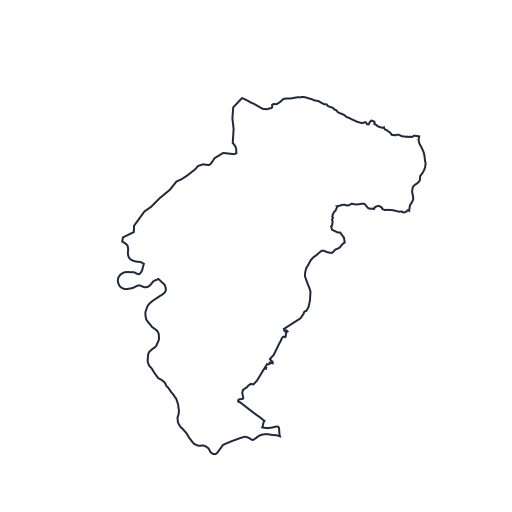 Ormenis, Brasov, Romania, rotated 124°
{"feature_id": "2599482B25677324063372", "entity_name": "Ormenis", "entity_type": "district", "adm_level": 2, "iso_a3": "ROU", "parent_name": "Romania", "parent_adm1": "Brasov", "projection": "mercator", "projection_center": [25.52, 46.009], "detail": "fine", "context": "isolated", "style": "outline", "palette": "slate", "viewbox_px": 512, "rotation_deg": 124, "n_neighbors": 0, "source": "geoboundaries", "source_scale": "gbopen_adm2", "svg_char_len": 6048}
<svg xmlns="http://www.w3.org/2000/svg" viewBox="0 0 512 512"><g transform="rotate(124 256 256)"><path d="M318.9,374.9L318.6,371.8L318.9,369.4L319.6,367.8L322.1,365.6L324.9,364.1L326.6,362.7L328.1,360.9L328.8,359.0L328.9,357.7L328.8,355.9L328.5,354.9L327.7,352.3L325.7,348.7L325.4,347.6L325.2,344.6L331.1,342.6L332.6,342.3L334.0,342.2L335.6,342.4L336.7,343.0L337.2,344.4L337.7,348.0L338.4,349.2L339.4,350.6L341.0,353.4L343.0,355.9L344.2,356.7L347.1,358.0L350.5,358.1L352.1,357.6L353.7,356.8L354.6,356.0L355.5,355.1L356.9,352.8L357.3,351.7L357.5,350.6L357.4,348.9L357.2,347.6L356.5,345.9L355.8,344.8L353.1,341.9L351.3,340.2L348.1,338.4L347.0,337.7L346.2,337.0L345.6,336.3L345.3,335.6L345.0,334.4L344.5,331.5L344.0,330.5L342.6,328.9L341.7,328.2L339.1,327.4L334.3,326.9L333.3,326.4L329.6,324.0L330.9,315.9L331.8,314.4L333.7,312.3L335.0,311.6L336.3,311.3L337.8,311.3L340.9,312.3L342.9,313.3L351.0,316.6L353.7,317.4L356.2,317.9L358.0,317.9L360.0,317.5L364.3,316.3L365.5,315.6L367.9,313.7L369.9,311.6L370.3,310.8L371.1,308.7L372.1,305.0L372.9,302.8L373.2,296.6L374.0,294.6L374.8,293.3L375.9,292.3L378.5,290.4L379.8,289.7L382.4,289.1L384.4,288.9L386.0,288.4L388.4,288.8L390.5,289.7L394.8,290.9L396.4,290.8L398.0,290.3L402.9,287.6L404.4,286.5L405.6,284.8L406.7,283.1L407.5,279.7L409.8,274.7L411.9,269.0L411.8,267.4L411.6,265.7L411.6,264.0L411.8,261.9L412.2,260.2L413.9,257.7L414.2,255.3L416.4,249.8L417.2,246.7L418.4,244.2L418.8,242.6L421.4,239.1L423.1,237.1L425.1,235.5L427.1,233.5L430.7,231.6L433.9,230.7L437.3,227.9L438.4,226.4L440.1,222.6L440.1,221.3L441.8,214.5L444.0,209.9L444.7,207.8L445.5,205.6L446.4,202.2L445.7,198.2L444.9,196.7L442.7,194.0L442.3,192.6L441.9,190.8L442.1,187.5L442.7,186.4L443.6,185.1L444.2,183.2L444.1,180.9L443.1,179.1L442.4,178.6L441.2,178.1L431.2,177.7L429.0,176.5L423.4,172.8L415.8,167.3L412.6,164.7L411.7,163.6L411.2,162.1L410.8,160.1L410.7,156.9L410.5,156.1L409.7,155.3L408.0,154.7L406.9,154.1L405.4,153.8L402.4,152.4L400.2,150.6L398.4,148.5L397.0,146.3L395.0,141.8L393.3,139.1L392.8,137.7L392.1,135.3L390.7,136.9L386.5,140.1L385.5,141.1L385.2,141.8L385.3,142.4L385.7,143.3L386.5,144.3L389.0,146.5L391.9,149.7L393.2,151.9L394.6,155.0L393.9,155.0L389.8,156.7L387.9,156.8L387.9,159.0L387.5,161.7L387.5,165.4L387.3,170.3L386.9,177.0L386.3,185.0L386.2,188.1L386.8,188.9L386.6,189.3L385.6,190.1L384.5,190.0L381.8,187.1L380.9,187.1L377.0,191.0L375.6,191.4L374.6,191.9L372.2,191.2L370.2,190.2L367.6,189.9L364.8,188.7L363.9,186.3L358.5,185.5L344.8,186.2L343.9,184.7L343.1,185.0L343.7,186.2L339.6,186.4L339.1,185.4L337.8,184.4L336.8,185.0L335.6,182.2L334.3,183.3L334.4,185.1L333.9,185.6L333.9,186.6L333.2,186.9L328.2,186.0L315.3,187.8L312.7,188.0L310.3,188.5L309.2,188.5L308.0,188.4L307.4,188.0L306.8,186.3L306.5,186.3L305.6,186.6L303.1,188.1L302.7,188.1L302.4,187.9L301.7,188.2L300.9,187.8L300.7,189.3L302.3,190.3L302.0,190.8L301.6,190.9L301.3,191.1L300.9,192.1L282.8,184.3L277.2,184.2L276.3,184.7L275.4,184.7L274.3,184.4L273.3,183.6L269.3,183.8L262.7,186.4L255.1,190.9L252.7,193.8L250.9,196.6L245.9,203.5L244.7,204.6L242.2,206.0L239.4,207.1L237.1,207.7L235.0,207.6L228.9,208.3L224.5,207.6L221.9,206.5L217.0,205.2L214.8,204.4L213.6,202.5L213.2,199.7L211.9,196.3L211.1,194.9L209.9,194.4L206.3,193.8L203.3,191.8L201.7,191.3L199.0,191.1L196.8,190.7L195.2,190.0L191.7,193.2L189.5,199.3L190.8,201.5L191.7,207.6L189.4,210.3L188.3,210.0L185.3,211.3L184.0,212.4L183.3,213.3L182.1,213.5L181.3,213.5L180.5,215.0L179.8,215.0L178.5,215.7L175.6,215.8L174.2,215.5L172.6,215.7L171.3,215.9L169.8,216.1L169.6,216.8L167.7,214.9L165.4,213.1L164.6,212.1L164.0,211.2L163.3,208.9L162.8,208.1L161.9,207.4L158.9,205.7L158.8,204.9L158.2,203.6L156.8,201.0L154.3,198.3L153.6,197.8L153.3,197.0L152.3,195.8L152.2,194.9L152.9,192.4L153.6,189.5L153.1,188.0L151.9,186.4L151.6,185.5L150.9,184.4L150.3,184.5L149.8,184.9L148.1,184.2L146.4,183.0L145.8,182.3L145.4,178.9L146.4,177.7L145.9,175.0L144.0,172.4L143.6,172.0L143.1,170.7L142.2,169.6L141.5,168.1L139.1,161.8L138.2,160.9L137.6,160.1L137.7,159.2L137.5,158.2L136.3,156.9L134.9,156.1L133.6,156.0L133.1,155.7L132.9,154.3L128.4,156.5L127.4,156.8L123.1,156.9L121.5,157.3L120.5,157.7L118.6,159.3L115.7,162.3L114.4,163.1L111.2,164.5L109.9,164.5L108.7,164.2L105.2,162.9L104.1,162.6L102.1,162.5L100.9,162.8L98.1,164.5L97.6,164.6L94.2,164.4L92.5,164.5L90.6,164.7L87.6,165.5L83.7,167.6L82.9,168.8L78.6,172.5L77.3,173.8L75.7,175.8L72.9,180.4L72.0,182.4L71.4,183.4L68.9,186.2L65.6,187.6L67.0,190.7L67.9,192.2L68.9,192.8L69.8,193.0L70.6,193.8L71.0,195.2L71.9,195.9L72.2,196.5L72.4,197.3L73.2,198.0L74.1,200.1L74.9,201.5L75.3,202.8L75.6,205.4L76.9,207.2L77.8,207.7L78.3,208.4L78.6,209.6L79.2,210.2L79.6,210.8L79.6,211.4L79.2,212.6L78.8,213.2L78.7,213.9L78.7,217.5L78.6,218.3L79.0,219.8L78.3,221.4L77.8,221.9L78.9,222.7L79.2,223.3L80.0,226.0L80.4,228.1L80.2,228.7L80.1,229.6L80.4,231.5L80.1,232.0L79.3,232.1L78.6,232.8L78.5,233.7L78.8,234.5L79.2,236.1L81.4,236.5L83.8,236.2L84.3,236.6L84.6,237.8L83.7,239.7L84.0,240.2L84.8,241.0L86.5,242.3L88.0,246.5L88.6,249.5L88.7,250.7L89.2,253.4L89.4,255.9L90.1,258.2L90.1,259.9L89.8,260.6L89.9,262.2L90.0,263.9L90.2,264.5L90.6,265.6L90.9,267.6L91.0,268.6L90.4,270.3L90.3,271.7L90.6,272.2L90.7,272.8L90.3,274.7L90.3,275.9L90.7,276.9L91.5,280.1L90.8,281.9L91.0,282.6L91.9,284.1L92.2,285.1L92.3,286.1L92.3,287.3L92.6,288.4L92.5,289.1L92.4,290.0L92.9,290.9L93.1,292.0L94.4,294.8L94.8,297.4L95.6,299.7L96.5,302.8L97.5,305.4L98.5,306.9L99.6,307.8L100.9,310.0L103.5,312.8L105.0,314.2L106.8,316.4L108.0,318.3L110.3,321.0L114.9,322.2L118.5,323.7L120.2,326.4L121.6,327.2L122.4,326.5L124.2,325.7L125.8,326.8L126.8,328.0L127.9,328.6L130.2,332.5L130.6,336.6L131.0,342.6L131.7,346.4L131.9,349.6L132.3,352.6L132.9,355.9L145.5,358.0L155.0,352.6L163.2,345.6L175.3,338.5L176.3,335.2L177.8,332.8L181.8,329.7L183.9,331.2L188.9,340.8L197.9,345.0L204.7,345.0L207.0,345.9L209.7,351.3L213.8,354.4L218.1,354.9L227.7,358.0L234.3,360.8L238.7,363.6L249.1,364.4L262.0,368.2L274.0,370.5L281.5,373.4L299.1,374.0L304.5,370.7L313.2,375.7L315.1,376.7L318.9,374.9Z" fill="none" stroke="#1e293b" stroke-width="2"/></g></svg>